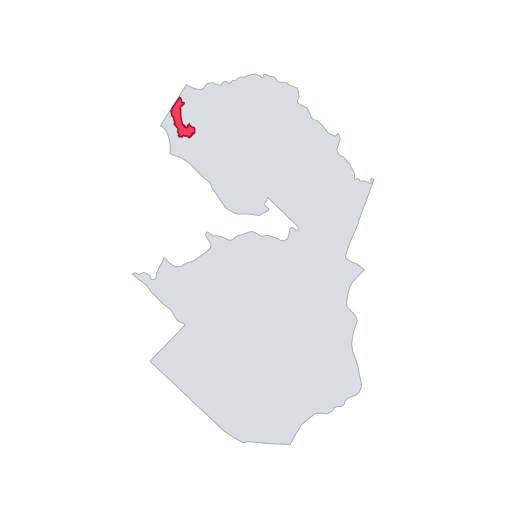 Kaputa, Northern, Zambia shown in context, rotated 314°
{"feature_id": "96606910B91372429992286", "entity_name": "Kaputa", "entity_type": "district", "adm_level": 2, "iso_a3": "ZMB", "parent_name": "Zambia", "parent_adm1": "Northern", "projection": "equal_earth", "projection_center": [29.552, -8.814], "detail": "fine", "context": "in_parent", "style": "filled", "palette": "rose", "viewbox_px": 512, "rotation_deg": 314, "n_neighbors": 0, "source": "geoboundaries", "source_scale": "gbopen_adm2", "svg_char_len": 7530}
<svg xmlns="http://www.w3.org/2000/svg" viewBox="0 0 512 512"><g transform="rotate(314 256 256)"><path d="M321.4,343.4L304.5,343.4L298.3,345.2L293.3,347.9L287.3,352.2L283.8,355.1L282.8,356.8L282.4,360.4L282.4,366.0L281.8,370.0L279.9,373.7L270.8,378.1L264.8,381.8L259.0,386.1L254.6,391.7L251.6,398.5L246.6,407.0L236.1,422.1L230.0,425.0L224.9,424.3L218.7,421.2L213.8,420.6L210.2,422.5L206.9,421.9L203.8,418.7L201.2,417.6L199.1,418.5L196.5,418.3L191.6,416.6L187.3,411.2L185.0,408.9L183.3,408.1L178.2,407.2L166.6,405.9L154.6,408.6L144.1,411.4L133.2,399.3L122.7,386.5L120.4,383.3L116.5,379.0L113.6,376.9L112.5,375.9L109.6,364.5L107.9,354.0L106.7,252.9L154.3,252.9L157.3,252.5L157.4,251.4L155.2,246.0L155.3,244.0L155.8,240.4L157.9,233.0L158.0,230.5L157.0,222.5L157.0,218.1L157.5,209.0L157.2,205.9L158.3,201.9L158.6,199.2L159.0,198.0L158.5,194.9L157.5,184.1L156.9,179.6L159.7,180.3L160.7,182.5L161.3,184.9L162.6,185.1L166.0,186.5L167.2,188.5L168.0,192.8L167.5,195.0L166.4,196.8L167.5,198.4L169.8,199.5L171.1,199.1L175.0,196.2L178.5,195.1L180.3,194.3L188.2,192.4L189.7,191.3L190.8,191.3L191.6,192.2L190.9,195.2L190.7,198.0L191.7,203.1L192.4,205.5L194.1,207.2L195.3,208.1L196.6,210.0L199.4,209.7L205.4,212.3L207.2,213.5L209.8,214.7L211.6,215.1L217.8,216.1L224.4,217.5L227.8,217.6L230.2,217.3L231.9,216.5L232.9,215.7L233.4,215.0L235.9,205.2L237.1,204.5L238.7,204.0L239.7,204.9L240.8,211.0L245.5,216.6L247.2,221.2L248.4,225.2L249.4,226.3L251.2,227.7L254.1,228.1L256.7,228.3L269.5,235.1L270.9,236.3L272.5,239.9L273.4,244.0L274.4,247.2L276.1,247.8L277.5,248.1L279.0,250.3L280.1,252.2L283.9,260.2L284.4,263.4L286.3,265.5L288.8,266.4L291.1,266.5L292.4,265.6L295.6,263.9L298.2,262.1L300.0,261.4L301.1,261.8L302.0,263.1L302.5,267.1L304.3,268.4L305.7,267.9L306.2,266.3L306.2,265.5L306.2,223.8L305.0,224.1L303.6,225.3L300.2,225.4L298.9,226.3L298.5,227.7L298.7,229.4L298.8,231.8L298.3,232.9L296.8,233.3L294.7,232.4L290.8,231.2L287.5,230.5L285.2,227.3L282.0,222.6L280.0,220.2L275.0,215.3L274.1,214.3L272.6,212.0L271.3,208.1L270.1,203.6L269.4,200.7L270.6,196.2L273.5,181.7L274.2,177.2L276.6,172.6L276.7,168.5L275.8,163.2L276.0,160.3L276.3,143.7L275.7,138.4L274.0,132.6L270.4,124.5L270.4,122.7L276.0,117.4L277.6,115.5L280.5,111.2L282.4,107.5L283.7,104.6L284.1,100.8L283.2,97.1L285.1,96.4L330.8,87.0L331.5,89.5L332.9,93.7L334.4,96.7L336.4,99.4L338.1,101.0L339.2,101.5L346.2,101.3L348.8,103.0L350.9,105.0L351.5,108.2L352.9,110.2L354.5,111.8L355.2,112.0L356.3,111.6L358.2,111.6L360.0,112.2L360.8,112.9L360.9,115.6L361.4,116.8L363.8,117.3L366.2,117.5L368.5,119.3L371.1,119.6L374.0,120.4L375.4,122.3L378.5,124.3L382.3,126.1L386.5,129.0L386.6,130.0L387.3,131.7L388.0,132.9L388.0,134.8L388.4,136.5L389.5,136.9L390.4,137.0L391.2,135.8L392.3,135.8L393.5,136.6L393.9,138.6L394.9,141.2L396.4,143.0L397.5,144.8L397.1,147.9L396.4,150.8L398.5,153.7L401.3,156.4L402.0,157.6L402.2,161.7L402.6,163.0L404.4,166.4L405.3,168.6L405.3,169.9L400.3,176.5L397.2,177.6L395.8,178.9L395.0,180.3L397.0,187.0L398.0,189.5L397.1,192.6L395.1,197.9L394.2,198.4L394.0,202.5L394.6,203.9L395.6,205.1L396.0,207.8L395.9,214.6L394.6,222.3L396.8,229.1L397.6,229.8L400.7,229.9L401.2,230.4L400.5,232.4L398.3,235.3L394.3,237.6L388.6,240.2L387.4,242.6L386.6,246.1L387.3,248.2L388.0,249.4L387.8,252.5L387.3,255.7L387.4,258.3L387.1,260.6L386.4,261.7L385.4,265.1L384.1,268.5L383.2,270.1L381.7,271.7L379.5,273.1L379.5,273.8L382.1,275.4L382.7,276.5L383.0,277.2L381.9,279.0L383.1,280.0L384.5,280.9L385.8,283.2L387.4,287.5L387.6,287.9L388.1,288.0L388.9,287.5L390.5,285.8L391.6,285.1L393.0,287.6L369.3,298.2L363.7,300.4L355.4,304.2L352.7,305.5L350.5,306.9L328.5,315.2L325.1,316.8L317.3,321.1L317.0,321.8L317.1,323.7L317.8,327.7L319.1,331.3L320.3,333.3L321.0,338.7L321.4,343.4Z" fill="#d9dde1" stroke="#a8b0b8" stroke-width="1"/><path d="M288.6,118.3L288.8,118.3L289.0,118.4L289.3,118.8L289.6,119.0L289.8,119.3L289.8,119.0L290.0,119.2L290.1,119.3L290.3,119.3L290.4,119.5L290.7,119.7L290.6,119.8L290.7,120.0L291.1,120.0L291.7,119.8L291.9,119.8L292.3,120.0L292.4,120.5L292.7,120.9L292.8,121.3L292.9,121.5L293.1,121.7L293.2,121.8L293.3,121.7L293.5,121.9L293.5,122.1L293.6,122.3L293.6,122.5L293.8,122.5L293.9,122.4L294.0,122.3L294.1,122.1L294.3,122.0L294.4,122.4L294.5,122.5L294.3,122.8L294.5,123.1L294.6,123.3L294.6,124.0L294.4,124.5L294.5,124.8L294.4,125.1L294.5,125.4L294.7,125.2L294.8,125.1L295.0,125.0L295.3,125.1L295.2,125.1L295.3,125.2L295.6,125.1L295.7,125.3L295.8,125.4L295.9,125.5L296.0,125.6L296.1,125.8L296.1,125.7L296.3,125.7L296.2,125.8L296.3,125.8L296.5,126.1L296.8,126.2L297.1,126.0L297.3,126.1L297.5,126.2L297.8,126.1L298.0,126.0L298.3,126.1L298.5,126.0L298.8,126.0L298.8,125.9L298.9,126.0L299.0,126.0L299.1,125.9L299.1,126.0L299.2,125.8L299.3,125.8L299.3,125.7L299.5,125.5L299.6,125.4L299.8,125.5L299.8,125.4L299.8,125.5L299.8,125.4L299.9,125.5L300.0,125.4L300.0,125.5L300.1,125.4L300.2,125.5L300.3,125.6L300.4,125.8L300.5,125.9L300.8,125.9L300.8,126.0L301.0,126.2L301.3,126.2L301.5,126.0L301.8,126.2L302.0,126.1L302.1,125.9L302.2,126.0L302.3,126.1L305.2,123.1L305.1,122.9L305.1,122.4L305.3,122.2L305.2,121.9L305.1,121.5L304.9,121.4L304.9,121.5L304.9,121.4L304.7,121.3L304.4,121.1L304.3,120.9L304.3,120.7L304.2,120.4L304.1,120.1L304.0,119.8L303.8,119.4L303.9,119.2L304.0,119.2L303.9,118.9L304.0,118.8L304.0,118.6L304.2,118.4L304.0,118.2L304.0,117.9L304.1,117.5L304.2,117.3L304.3,117.1L304.2,117.0L304.3,116.9L304.3,116.7L304.2,116.6L304.3,116.5L304.2,116.5L304.2,116.4L303.9,116.3L303.5,116.1L303.3,116.2L303.3,116.3L303.2,116.3L302.9,116.4L302.9,116.5L302.7,116.4L302.5,116.5L302.4,116.4L302.3,116.6L302.2,116.6L301.9,116.8L301.8,117.0L301.7,116.9L301.4,116.9L301.5,117.1L301.3,117.0L301.1,117.2L300.7,117.0L300.6,116.9L300.4,116.9L300.2,116.8L299.9,117.0L299.9,116.6L299.8,116.4L299.7,116.1L299.7,115.9L299.8,115.8L299.5,115.6L299.4,115.6L299.2,115.5L299.4,115.3L299.4,115.2L299.5,115.0L299.8,114.9L299.7,114.8L299.7,114.7L299.8,114.7L299.7,114.6L299.8,114.6L299.7,114.5L299.8,114.2L299.9,113.9L299.8,113.7L300.1,113.5L300.1,113.3L300.1,113.2L300.1,112.9L300.0,112.7L299.8,112.7L299.6,111.9L300.3,110.5L303.0,106.5L305.4,103.5L308.6,100.5L308.8,100.3L308.7,100.1L308.7,99.8L308.8,99.7L309.1,99.2L309.3,99.0L309.5,99.1L309.8,98.8L310.1,98.3L311.5,98.3L311.6,98.2L312.1,98.1L312.4,98.4L312.8,98.6L313.4,98.3L313.7,98.3L314.3,98.6L314.6,98.5L315.0,98.5L316.0,98.2L316.3,97.9L316.3,97.6L316.0,97.2L315.6,96.9L315.4,96.6L315.2,96.5L315.1,96.2L315.0,95.9L315.3,95.3L315.6,94.9L315.9,94.3L315.8,94.1L316.0,93.9L316.3,93.6L316.6,93.4L316.7,93.0L316.7,92.8L316.8,92.8L316.8,92.7L317.0,92.6L317.0,92.3L317.1,92.2L317.2,91.8L317.0,91.7L317.0,91.4L317.0,91.2L317.0,90.8L303.7,93.1L303.6,93.3L303.3,93.9L303.0,94.2L302.8,94.3L302.4,94.3L302.2,94.4L301.9,94.7L301.7,94.8L301.4,94.8L301.1,94.2L299.6,96.4L299.5,96.7L299.4,97.0L298.6,97.7L298.4,98.4L298.3,98.8L298.4,99.4L298.4,99.9L298.4,100.5L298.2,100.7L297.9,101.0L297.6,101.5L297.2,101.8L297.1,102.0L296.3,103.7L295.8,104.2L295.4,105.4L295.2,105.5L294.1,105.4L293.9,105.5L293.8,105.9L293.9,107.9L293.9,108.3L293.8,108.6L293.8,108.9L293.6,109.7L293.7,110.0L293.6,110.7L293.3,111.3L292.9,111.7L292.6,112.4L292.3,112.6L292.2,112.6L291.7,112.7L290.9,113.2L290.7,113.7L290.7,113.8L290.7,114.1L290.7,114.4L290.6,115.0L290.3,115.3L290.3,115.7L290.4,116.0L290.3,116.3L290.2,116.4L290.3,116.5L290.2,116.6L289.8,116.5L289.7,116.5L289.6,116.4L289.2,116.7L289.2,116.9L289.2,117.1L289.1,117.3L289.1,117.2L289.0,117.3L288.9,117.2L288.9,117.5L289.0,117.5L288.6,117.7L288.8,117.9L288.6,118.2L288.6,118.3Z" fill="#f43f5e" stroke="#9f1239" stroke-width="1.5"/></g></svg>